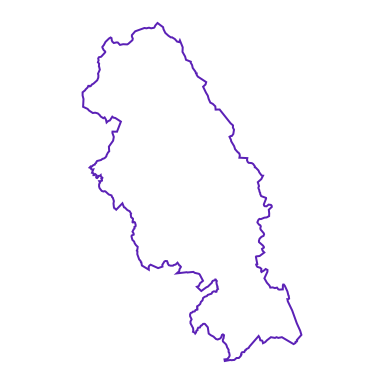 Jacala de Ledezma, Hidalgo, Mexico (Natural Earth projection)
{"feature_id": "50627088B43543909000862", "entity_name": "Jacala de Ledezma", "entity_type": "district", "adm_level": 2, "iso_a3": "MEX", "parent_name": "Mexico", "parent_adm1": "Hidalgo", "projection": "natural_earth1", "projection_center": [-99.159, 20.965], "detail": "fine", "context": "isolated", "style": "outline", "palette": "violet", "viewbox_px": 384, "rotation_deg": 0, "n_neighbors": 0, "source": "geoboundaries", "source_scale": "gbopen_adm2", "svg_char_len": 5979}
<svg xmlns="http://www.w3.org/2000/svg" viewBox="0 0 384 384"><path d="M266.0,197.9L261.2,196.1L260.2,194.0L260.2,193.0L259.5,191.7L259.2,189.9L258.5,188.5L258.4,187.5L259.0,186.1L257.8,182.2L261.3,179.1L263.0,175.7L261.9,175.6L261.3,175.1L259.3,172.4L258.5,170.5L255.7,167.6L254.8,167.3L254.9,166.4L253.2,164.0L251.8,163.1L248.6,162.8L247.7,161.9L247.0,160.2L247.3,158.1L239.4,157.7L239.8,155.6L239.5,154.0L238.5,152.6L237.9,152.4L235.1,149.2L234.1,146.1L231.2,141.3L231.0,140.0L229.5,136.8L230.6,136.1L231.8,136.0L233.3,134.0L234.0,129.7L232.9,127.6L233.0,125.4L230.6,123.3L219.6,109.5L215.6,109.6L215.3,106.3L212.8,103.9L210.3,102.6L208.7,99.0L207.8,95.7L206.0,92.7L203.1,86.7L205.5,84.5L206.2,82.1L197.8,76.6L196.7,74.9L196.7,73.4L195.9,73.3L195.5,71.8L192.7,67.9L192.1,65.1L190.7,62.7L190.8,61.7L186.0,59.8L185.1,56.5L182.5,51.9L182.7,47.3L179.9,40.4L179.2,42.1L177.1,41.6L174.8,39.0L172.0,37.3L170.9,37.4L168.5,35.8L165.3,32.9L163.5,29.2L163.1,27.2L157.5,23.0L155.3,25.5L154.5,27.3L153.9,27.8L151.1,28.3L149.0,27.7L146.5,28.3L144.4,28.0L135.2,31.3L131.9,35.1L131.9,36.5L132.8,38.7L132.4,40.2L128.3,43.8L127.2,44.4L123.1,44.2L120.0,44.9L117.8,42.5L116.7,42.4L113.8,43.0L112.3,41.6L111.8,40.4L111.5,38.1L110.6,37.5L109.1,38.4L105.5,41.9L103.8,45.1L102.4,46.8L102.4,47.6L103.7,50.1L105.2,51.5L105.2,52.3L101.2,56.7L98.8,57.3L98.2,58.5L98.6,60.4L97.9,62.3L99.1,63.5L98.9,66.6L99.2,66.9L99.8,69.7L98.0,73.8L98.4,75.1L98.3,77.6L97.2,80.3L93.4,83.7L91.9,84.5L90.7,86.1L89.8,86.4L89.4,85.9L88.3,85.9L87.6,87.5L85.5,89.5L85.2,90.2L82.6,92.3L82.6,95.5L83.5,99.0L83.1,106.8L87.6,108.9L89.0,110.5L92.8,113.0L95.2,112.7L97.8,113.4L99.7,115.1L100.7,116.5L103.3,118.2L104.6,117.4L105.9,119.5L106.6,122.5L108.1,121.1L109.9,120.4L112.3,116.7L113.4,117.6L115.3,118.0L120.9,121.6L117.0,131.7L112.5,131.6L112.4,132.9L113.8,136.9L113.1,140.7L108.9,146.6L109.2,151.3L108.0,152.5L106.5,155.4L106.4,156.2L105.4,157.5L103.7,158.6L102.6,158.8L101.0,160.0L97.1,161.0L96.4,161.9L96.2,162.8L95.1,163.7L94.8,164.6L93.3,165.1L92.1,166.3L90.8,166.3L89.6,167.6L91.1,168.2L91.3,169.3L92.1,169.6L93.3,169.4L92.0,172.8L93.1,173.1L93.7,173.6L93.5,175.1L94.2,175.1L95.4,174.2L96.6,175.3L96.1,177.1L96.5,177.9L97.1,178.1L98.3,176.9L98.6,175.9L99.9,175.8L100.7,175.1L100.9,176.6L102.4,177.7L102.3,178.2L101.4,178.7L102.0,180.0L102.0,180.6L100.5,181.2L99.3,181.2L100.1,182.7L99.5,183.3L99.1,184.5L99.1,186.6L99.6,188.2L101.7,190.9L103.4,191.5L104.5,191.2L105.4,191.4L108.8,194.5L111.5,195.4L112.2,197.3L112.8,197.7L113.9,201.1L113.5,203.5L113.9,207.2L114.4,208.4L115.2,208.6L116.2,209.7L122.4,203.3L124.0,207.3L124.8,207.5L127.4,210.1L129.6,211.2L131.1,213.7L130.7,214.5L131.2,217.3L132.9,218.6L133.0,219.0L132.5,222.1L133.0,222.5L134.0,221.9L135.0,222.5L135.7,225.1L135.5,226.4L134.4,227.0L134.5,228.5L133.7,229.2L132.5,231.7L133.6,233.4L133.7,234.6L131.7,235.5L131.5,236.5L132.4,239.9L134.1,241.5L134.7,243.3L136.0,245.2L137.7,246.8L137.4,249.3L136.8,250.7L137.4,251.2L137.3,254.2L139.2,259.5L140.4,260.7L140.9,262.2L141.3,262.3L141.9,265.5L148.8,269.7L148.7,266.9L149.3,265.7L150.6,264.7L158.1,268.1L162.5,266.6L162.3,264.9L164.4,261.5L165.4,261.0L167.0,261.1L167.8,262.9L167.7,263.4L168.8,265.2L170.7,265.7L172.9,265.7L173.6,265.1L175.7,264.5L177.5,262.7L179.4,265.5L180.0,265.7L180.9,266.9L179.5,269.3L179.2,271.2L176.7,273.4L186.8,272.2L187.4,272.5L193.3,271.9L194.9,272.9L198.9,273.8L199.7,274.5L203.0,280.8L200.0,283.3L198.8,286.0L196.9,286.8L201.3,291.0L206.5,287.2L207.8,286.7L211.9,282.7L212.1,281.8L212.7,280.9L215.3,280.0L215.4,279.5L215.8,279.6L216.1,280.5L216.7,280.8L216.8,281.2L216.4,282.1L216.7,284.3L217.5,286.6L217.2,287.0L217.7,287.9L217.5,288.3L218.0,289.0L216.8,290.1L216.5,291.7L215.9,291.9L214.9,291.4L213.6,291.4L212.3,292.2L211.5,293.7L207.8,294.9L206.8,296.1L204.7,296.8L203.1,298.0L202.5,300.4L200.9,301.9L200.2,304.0L198.4,305.6L197.2,306.2L197.0,307.0L197.4,307.8L197.1,308.4L197.5,309.0L197.4,309.6L195.5,310.1L194.7,311.4L192.8,311.7L192.3,312.4L190.7,313.0L190.1,314.3L190.1,316.2L191.6,319.3L190.5,321.4L190.5,323.3L193.1,328.2L193.3,330.8L193.0,331.8L194.7,332.6L195.2,333.5L196.0,332.5L196.4,330.8L197.5,330.2L197.4,329.4L198.2,327.7L199.9,327.5L200.8,325.7L201.6,325.5L203.1,323.9L204.4,323.8L205.0,324.0L207.8,327.3L208.7,333.6L210.8,335.2L213.5,336.6L216.0,339.0L217.7,339.5L220.0,338.6L221.1,337.5L222.0,334.9L222.9,334.4L224.0,335.2L223.5,338.5L222.9,339.4L222.8,340.8L223.0,341.5L225.7,344.0L226.5,345.3L227.1,347.3L228.6,349.8L228.6,352.0L229.2,352.8L229.6,354.9L229.6,355.8L228.7,357.5L227.2,359.1L224.5,359.4L224.8,361.0L230.2,360.0L231.6,360.2L234.4,359.9L236.5,358.0L238.8,358.0L240.6,356.2L241.3,354.9L241.0,354.8L241.3,353.3L242.2,352.2L244.3,352.1L245.1,350.3L245.7,350.2L246.4,349.1L248.6,348.0L249.5,346.5L258.6,336.0L259.7,337.9L260.3,340.3L261.9,340.5L262.5,341.2L263.0,343.2L265.2,342.1L266.9,340.3L270.9,337.2L275.0,337.9L276.5,337.2L278.3,337.9L281.9,337.2L293.6,344.1L295.4,343.0L295.6,341.8L295.9,341.7L295.9,342.0L296.8,341.5L297.2,340.8L296.9,340.0L301.4,334.9L300.2,330.8L296.8,323.3L292.2,310.5L287.8,301.3L287.4,299.2L288.1,299.3L289.1,298.6L288.7,295.7L288.3,295.1L287.4,291.4L284.8,285.8L283.8,284.5L283.2,284.5L282.9,285.3L282.8,289.4L279.2,289.6L278.3,289.3L277.0,287.6L274.9,288.1L272.7,287.4L270.3,287.6L269.5,285.6L266.9,282.7L264.4,278.3L267.4,271.8L267.5,270.0L265.7,269.0L263.7,270.7L261.5,272.0L261.1,271.2L261.4,268.9L260.1,267.7L257.4,266.9L256.5,265.6L256.2,264.5L257.3,264.1L255.9,256.9L256.2,256.4L259.6,256.0L264.3,252.5L262.6,250.7L262.0,248.9L263.9,247.6L263.9,247.0L263.0,245.6L259.0,242.1L258.9,240.9L259.6,238.7L261.5,236.8L263.5,235.9L264.1,234.3L263.8,233.3L260.6,229.5L260.3,228.2L260.8,226.3L260.2,225.2L259.2,224.8L257.7,222.9L257.4,222.4L257.6,221.6L258.6,219.6L259.5,218.9L260.9,219.1L264.3,217.7L266.7,217.4L269.1,216.1L269.2,213.4L268.8,209.7L271.8,206.9L271.6,205.6L270.9,204.9L268.6,204.6L266.6,206.3L264.8,206.2L264.1,205.6L263.8,204.4L266.1,198.6L266.0,197.9Z" fill="none" stroke="#5b21b6" stroke-width="2"/></svg>